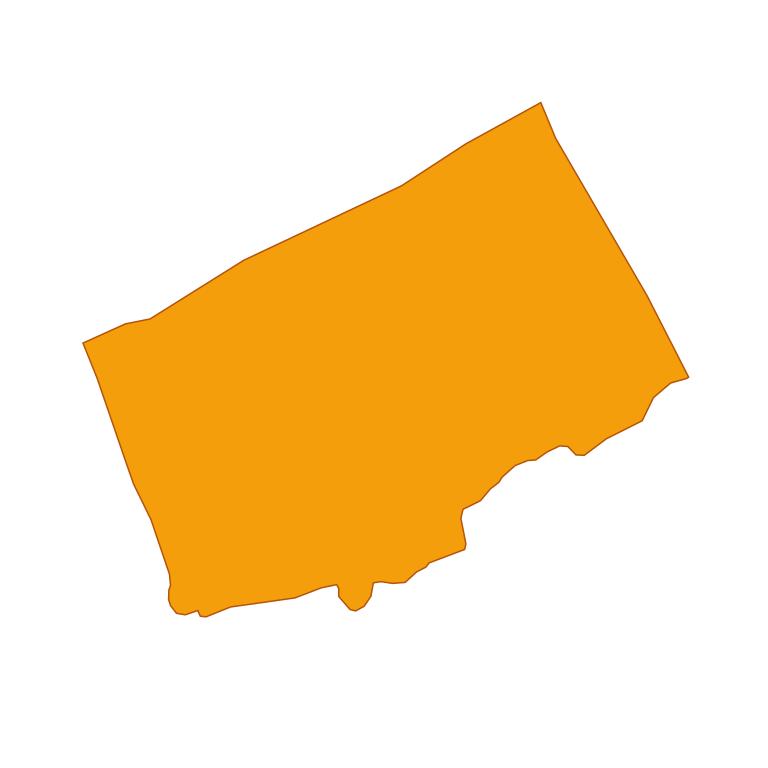 the district of As Eyla, Dikhil, Djibouti, rotated 337°
{"feature_id": "41766387B73347270872705", "entity_name": "As Eyla", "entity_type": "district", "adm_level": 2, "iso_a3": "DJI", "parent_name": "Djibouti", "parent_adm1": "Dikhil", "projection": "albers", "projection_center": [42.017, 11.095], "detail": "fine", "context": "isolated", "style": "filled", "palette": "amber", "viewbox_px": 768, "rotation_deg": 337, "n_neighbors": 0, "source": "geoboundaries", "source_scale": "gbopen_adm2", "svg_char_len": 1011}
<svg xmlns="http://www.w3.org/2000/svg" viewBox="0 0 768 768"><g transform="rotate(337 384 384)"><path d="M122.9,228.7L122.2,266.3L115.8,356.8L114.4,378.2L116.5,417.9L112.2,475.2L108.8,486.0L105.6,489.4L105.3,490.0L101.5,498.2L100.9,504.6L103.4,514.0L110.9,518.8L124.1,519.8L124.1,522.0L124.2,526.0L129.3,528.8L155.7,529.3L203.1,542.0L218.3,546.1L246.4,547.1L262.0,550.2L262.4,554.6L259.3,561.9L264.6,578.3L269.2,581.8L279.0,580.8L289.0,574.3L296.5,562.9L300.6,563.9L304.1,564.8L314.0,570.9L325.9,574.9L340.7,569.7L351.0,568.9L355.7,566.3L393.6,567.8L396.9,563.2L402.3,537.7L405.8,532.9L407.8,530.2L427.2,529.1L441.2,522.0L451.1,519.5L456.3,515.9L472.8,510.3L486.3,510.6L494.0,513.2L507.6,510.3L521.5,509.6L528.8,513.4L530.4,517.6L533.0,524.3L540.5,527.9L567.3,521.3L607.3,518.7L626.7,501.8L648.1,495.1L651.4,495.5L665.0,497.2L667.1,496.7L660.7,406.1L638.0,225.1L638.3,186.2L553.3,194.9L477.6,208.4L303.3,215.3L194.0,232.7L169.4,227.6L122.9,228.7Z" fill="#f59e0b" stroke="#b45309" stroke-width="1.5"/></g></svg>